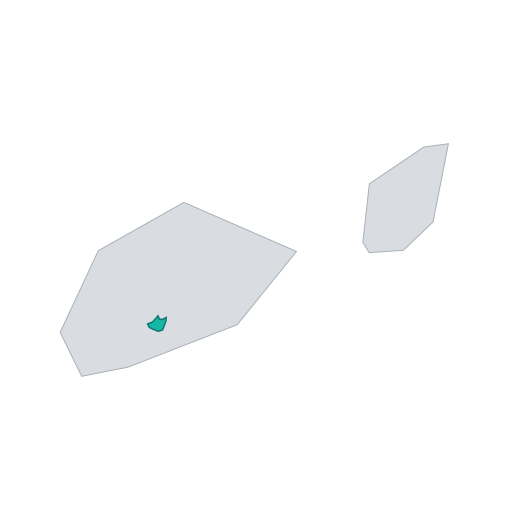 Malta, with Msida highlighted, rotated 114°
{"feature_id": "MLT-5940", "entity_name": "Msida", "entity_type": "state/province", "adm_level": 1, "iso_a3": "MLT", "parent_name": "Malta", "parent_adm1": "", "projection": "mercator", "projection_center": [14.482, 35.893], "detail": "fine", "context": "in_parent", "style": "filled", "palette": "teal", "viewbox_px": 512, "rotation_deg": 114, "n_neighbors": 0, "source": "natural_earth", "source_scale": "10m", "svg_char_len": 580}
<svg xmlns="http://www.w3.org/2000/svg" viewBox="0 0 512 512"><g transform="rotate(114 256 256)"><path d="M436.8,366.3L405.4,403.9L315.2,402.2L236.4,343.7L235.4,220.9L326.3,245.2L409.4,327.5L436.8,366.3ZM200.0,164.0L143.9,181.8L88.2,147.0L75.2,125.9L152.9,108.1L190.8,123.7L206.9,153.9L200.0,164.0Z" fill="#d9dde1" stroke="#a8b0b8" stroke-width="1"/><path d="M362.2,327.4L358.1,323.5L353.0,321.9L350.5,321.2L353.0,318.5L352.0,315.7L348.7,313.0L352.1,311.8L361.5,311.2L364.6,314.7L364.8,321.0L364.6,324.5L362.2,327.4Z" fill="#14b8a6" stroke="#0f766e" stroke-width="1.5"/></g></svg>